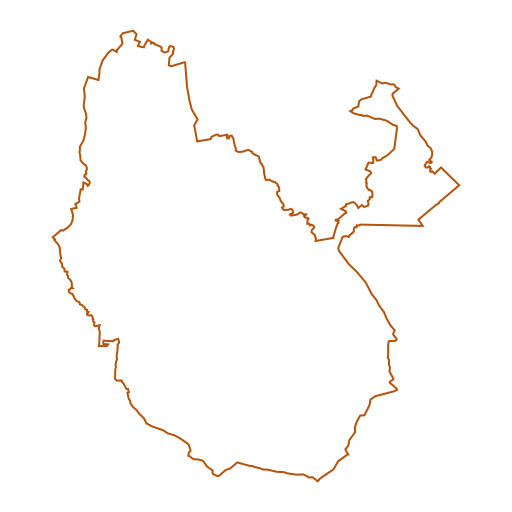 Barnova, Iasi, Romania (Natural Earth projection)
{"feature_id": "2599482B29506640836686", "entity_name": "Barnova", "entity_type": "district", "adm_level": 2, "iso_a3": "ROU", "parent_name": "Romania", "parent_adm1": "Iasi", "projection": "natural_earth1", "projection_center": [27.626, 47.082], "detail": "fine", "context": "isolated", "style": "outline", "palette": "amber", "viewbox_px": 512, "rotation_deg": 0, "n_neighbors": 0, "source": "geoboundaries", "source_scale": "gbopen_adm2", "svg_char_len": 5954}
<svg xmlns="http://www.w3.org/2000/svg" viewBox="0 0 512 512"><path d="M376.6,80.7L376.3,85.2L374.1,88.3L372.7,92.2L371.4,94.3L370.9,96.6L361.5,99.3L359.6,100.7L359.0,101.8L358.3,106.5L353.1,108.6L352.5,110.1L350.3,111.1L353.8,113.3L359.7,115.0L361.9,115.0L363.1,116.0L367.0,115.6L375.1,119.0L379.2,118.6L386.7,120.7L393.3,125.0L396.6,125.8L397.0,128.1L394.3,148.8L387.9,154.9L382.4,158.2L380.8,159.9L377.0,160.6L375.6,157.2L372.8,157.4L373.4,160.3L373.0,163.1L368.8,162.6L367.8,163.6L367.7,164.8L365.5,169.4L370.5,171.5L371.2,173.3L368.0,176.3L365.8,179.4L366.3,179.9L366.2,182.8L366.8,183.2L366.3,185.4L367.3,188.2L368.8,190.1L369.8,189.7L372.1,191.6L372.5,196.1L372.0,197.3L369.8,197.1L369.6,199.4L367.8,200.8L368.5,204.2L367.8,205.8L364.1,207.0L361.9,205.0L358.3,208.0L357.1,205.6L354.9,203.1L353.1,202.0L345.9,204.4L346.0,205.9L341.0,208.9L345.7,211.2L346.1,213.1L345.2,213.1L338.1,219.3L335.7,219.8L335.6,220.5L338.6,221.0L338.2,221.8L338.4,222.9L337.9,222.9L335.8,228.5L333.2,237.3L333.4,237.9L315.6,241.0L316.0,238.7L314.8,235.9L314.9,235.0L311.5,232.3L311.9,230.0L314.2,227.6L314.3,226.8L312.5,225.1L310.8,224.6L309.8,225.4L309.0,223.6L307.3,223.8L307.4,220.4L308.5,218.9L308.4,218.3L305.2,217.5L304.1,216.2L306.3,214.5L305.9,214.1L303.6,214.7L302.0,212.8L300.2,212.5L296.4,214.8L290.8,215.6L289.9,214.4L293.2,212.7L292.3,209.6L290.5,208.8L288.3,209.9L283.8,209.9L283.0,209.4L282.0,207.5L283.5,206.7L283.8,205.3L282.7,203.2L281.8,202.6L280.1,199.5L279.7,197.9L277.7,195.4L276.9,193.4L277.3,191.7L279.3,191.0L279.1,187.2L277.6,185.7L277.7,184.7L277.0,183.6L275.9,183.1L275.3,182.0L273.8,182.0L268.8,179.6L266.4,180.1L265.4,179.2L264.1,173.2L263.6,167.4L261.7,164.5L261.8,164.1L260.1,162.1L258.9,156.6L253.1,153.7L252.1,152.8L252.3,152.0L248.4,149.8L242.5,151.7L238.3,152.0L235.7,150.6L235.9,148.6L234.4,144.2L233.4,138.7L231.6,135.6L229.6,136.2L228.8,138.4L227.1,138.3L226.8,136.7L227.6,135.6L227.4,134.7L219.7,136.1L218.8,135.8L218.3,134.7L216.3,134.6L211.5,136.8L210.6,139.1L197.2,141.4L194.2,125.3L197.6,119.4L191.8,109.6L189.5,100.7L187.0,86.5L185.2,63.7L185.2,62.1L185.6,61.9L171.2,66.3L168.8,65.4L169.5,57.7L173.0,53.9L173.0,52.0L174.0,48.3L173.5,47.1L170.2,45.9L168.9,47.6L168.2,51.4L164.7,52.5L161.6,50.9L161.6,47.6L160.7,46.7L154.4,44.1L154.4,43.3L152.9,42.6L151.2,43.6L150.9,41.8L147.9,39.7L144.6,45.2L143.9,47.3L140.3,46.7L137.9,46.0L139.9,41.8L134.8,39.8L136.5,34.2L133.2,30.7L122.8,33.3L120.4,36.3L121.1,36.7L122.5,43.7L116.9,50.2L116.7,52.0L112.8,49.7L112.0,49.7L108.3,52.8L102.6,60.5L99.4,69.7L99.5,72.3L98.5,80.0L88.1,77.0L83.9,88.5L84.8,96.5L83.7,105.3L83.9,107.6L85.8,113.2L86.5,117.7L85.2,122.3L85.9,128.1L84.7,135.7L83.3,140.7L79.7,147.1L80.0,148.7L79.5,152.5L80.2,155.1L80.5,160.2L83.2,163.5L85.9,165.3L86.8,167.8L86.9,169.4L86.0,171.1L86.3,174.0L84.5,175.0L84.3,176.7L85.6,177.3L88.0,180.3L89.2,181.0L89.8,182.4L89.6,183.4L88.6,185.4L87.7,185.8L86.9,184.2L83.5,182.4L82.8,189.4L80.7,189.3L79.0,198.5L79.5,201.6L75.3,204.1L75.9,204.9L76.6,207.9L71.2,208.9L73.0,214.8L72.5,220.6L70.8,224.4L68.1,227.2L62.9,230.7L61.2,230.0L52.8,237.2L54.9,239.4L54.4,240.0L54.7,240.5L57.8,243.9L59.8,247.6L60.0,252.6L61.1,258.1L60.1,260.6L60.7,262.2L61.9,263.2L62.2,266.8L64.4,268.7L64.6,271.5L67.5,271.7L67.0,274.6L68.1,276.0L68.0,277.7L70.6,280.3L71.7,282.5L72.0,287.4L72.6,288.1L70.9,288.1L70.2,289.2L68.7,289.7L69.0,292.1L70.0,293.1L72.5,294.0L74.8,298.7L76.4,300.8L79.5,302.3L79.8,304.3L82.1,305.0L83.2,306.5L84.6,307.1L85.4,309.4L87.1,309.9L86.8,310.6L87.1,311.7L88.6,312.1L87.0,313.6L87.0,314.6L89.2,315.6L91.0,315.1L91.8,315.7L92.9,317.7L92.7,319.3L93.4,319.6L93.0,321.4L94.5,322.5L93.9,325.0L95.0,326.3L99.7,325.2L98.6,328.2L99.8,331.6L99.2,344.1L98.8,346.1L106.8,346.1L107.4,345.6L108.1,344.4L103.4,344.0L103.3,341.9L103.7,340.7L113.4,341.2L114.0,340.1L118.2,338.8L119.2,342.4L117.5,345.0L117.8,346.7L116.6,357.3L117.1,359.3L116.0,361.9L115.6,365.4L116.0,366.7L115.3,369.1L115.0,378.9L116.8,380.6L121.6,380.5L121.7,381.6L123.5,383.4L126.3,388.8L128.1,389.0L128.8,392.3L127.5,392.6L127.5,393.3L128.7,398.7L130.1,400.8L130.4,403.1L133.1,407.1L136.6,410.1L139.0,413.4L144.1,418.5L146.4,423.3L152.3,426.5L163.2,430.3L167.7,433.3L174.7,435.4L181.5,439.3L188.2,444.1L188.9,445.2L190.6,450.4L190.4,451.2L188.8,452.5L188.3,455.8L189.1,455.9L193.6,459.3L198.2,459.4L203.0,460.8L207.2,466.7L212.7,470.5L212.4,472.3L213.0,474.1L217.4,476.1L219.5,475.5L225.7,470.0L230.3,468.4L237.3,462.4L249.3,465.8L253.0,466.2L254.2,467.0L259.3,468.0L262.9,469.5L267.5,469.6L276.8,471.8L283.7,472.1L287.2,473.3L296.5,474.7L303.1,474.4L306.6,475.9L308.5,477.4L311.7,477.2L313.3,477.7L317.8,481.3L320.0,478.5L333.6,469.3L338.1,461.3L347.4,454.6L348.2,454.5L345.5,449.8L345.5,449.0L348.3,445.7L349.3,440.2L355.2,432.1L354.8,427.5L356.7,421.8L360.3,415.5L364.5,415.3L369.6,404.8L370.5,399.5L375.3,396.2L394.4,391.2L397.1,389.8L396.5,388.5L389.9,382.8L389.8,382.1L390.3,381.3L393.0,379.7L393.4,378.8L389.4,371.2L390.0,367.4L389.0,364.6L389.0,359.9L387.7,357.3L388.2,355.1L388.1,345.9L388.6,341.6L389.2,341.0L395.5,340.8L396.5,340.0L396.3,338.4L393.2,334.6L393.3,333.4L394.7,330.4L390.3,325.2L386.5,318.3L384.0,312.2L378.8,305.0L376.7,300.4L371.9,294.4L365.7,282.5L357.3,272.4L348.8,264.1L339.0,250.9L338.4,248.6L338.5,247.3L342.7,236.7L346.3,236.1L348.8,237.0L349.1,235.8L353.5,231.9L353.9,231.2L353.7,229.3L354.6,227.2L356.6,227.3L356.8,225.3L359.7,225.4L360.2,224.6L422.7,225.9L418.4,219.6L435.9,205.0L438.9,203.3L438.9,202.4L459.2,185.3L441.0,167.5L434.7,173.7L432.2,171.3L431.5,171.8L430.2,171.5L430.2,169.6L431.0,168.6L429.7,167.7L430.0,167.0L429.0,166.3L427.4,167.6L425.7,167.4L424.6,165.6L427.2,161.7L429.8,162.9L431.2,162.9L431.8,162.0L429.3,160.0L431.5,157.2L432.2,154.6L432.1,151.4L430.4,147.9L427.9,146.0L425.5,141.4L420.5,135.6L417.8,129.2L413.2,125.7L410.1,122.5L397.1,105.8L392.6,96.0L392.4,94.6L392.9,93.5L398.7,88.7L395.7,87.1L394.4,84.8L393.4,84.3L390.8,84.5L385.6,82.7L382.3,83.5L376.6,80.7Z" fill="none" stroke="#b45309" stroke-width="2"/></svg>